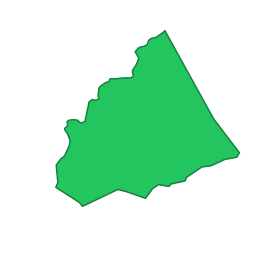 Sabine, Texas, United States of America, rotated 245°
{"feature_id": "52423323B20361031483491", "entity_name": "Sabine", "entity_type": "district", "adm_level": 2, "iso_a3": "USA", "parent_name": "United States of America", "parent_adm1": "Texas", "projection": "mercator", "projection_center": [-93.762, 31.373], "detail": "fine", "context": "isolated", "style": "filled", "palette": "green", "viewbox_px": 256, "rotation_deg": 245, "n_neighbors": 0, "source": "geoboundaries", "source_scale": "gbopen_adm2", "svg_char_len": 1199}
<svg xmlns="http://www.w3.org/2000/svg" viewBox="0 0 256 256"><g transform="rotate(245 128 128)"><path d="M200.5,202.6L199.8,200.2L198.2,191.6L199.2,187.8L199.2,185.7L198.9,184.5L198.2,183.3L197.4,182.4L195.4,180.8L195.3,176.7L196.0,174.1L196.1,171.1L194.0,166.7L186.8,167.3L182.2,162.7L178.3,156.5L176.2,155.4L173.4,155.1L172.5,153.8L172.2,152.0L175.6,144.2L178.5,135.7L179.3,134.9L179.7,133.9L180.0,133.0L179.9,132.3L179.6,131.6L178.3,130.6L178.1,128.6L178.6,127.3L178.4,125.7L177.9,122.7L177.4,120.4L176.6,118.7L169.6,114.3L167.7,114.3L166.7,113.7L166.7,110.7L169.0,107.1L167.9,103.5L165.2,101.6L152.2,91.8L152.1,89.3L152.1,87.9L152.8,87.2L153.5,86.8L154.7,86.2L156.2,85.8L158.2,82.9L158.9,81.2L159.9,78.4L159.6,75.5L157.4,74.9L155.5,74.2L155.2,73.4L154.9,72.3L154.8,71.4L154.2,70.4L153.1,70.1L152.1,70.0L151.4,70.2L150.8,70.3L148.8,70.8L142.1,70.3L139.9,69.6L136.5,67.0L129.9,59.1L129.2,57.8L128.5,54.1L124.6,47.2L108.3,41.4L104.7,37.5L81.0,52.5L76.2,53.6L76.6,92.8L71.1,99.5L56.9,114.1L62.7,124.9L63.8,131.6L57.7,140.5L59.1,143.3L55.9,157.3L58.5,160.2L61.5,178.4L58.7,186.9L58.6,202.6L55.5,214.2L58.5,218.5L99.9,209.5L200.5,202.6Z" fill="#22c55e" stroke="#15803d" stroke-width="1.5"/></g></svg>